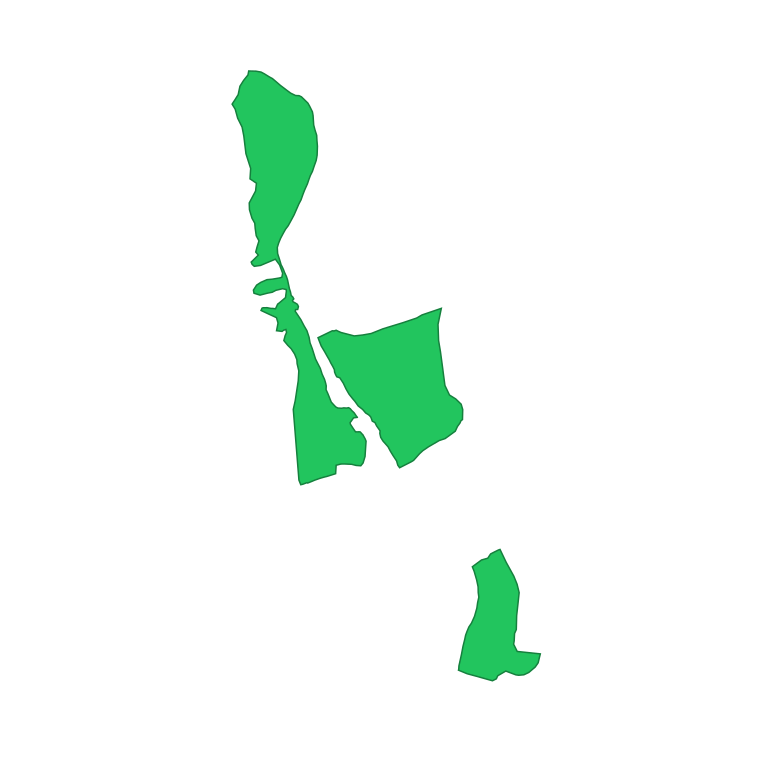 Luxor, Qina, Egypt, rotated 118°
{"feature_id": "37247803B46466496002040", "entity_name": "Luxor", "entity_type": "district", "adm_level": 2, "iso_a3": "EGY", "parent_name": "Egypt", "parent_adm1": "Qina", "projection": "robinson", "projection_center": [32.598, 25.683], "detail": "fine", "context": "isolated", "style": "filled", "palette": "green", "viewbox_px": 768, "rotation_deg": 118, "n_neighbors": 0, "source": "geoboundaries", "source_scale": "gbopen_adm2", "svg_char_len": 4589}
<svg xmlns="http://www.w3.org/2000/svg" viewBox="0 0 768 768"><g transform="rotate(118 384 384)"><path d="M208.2,649.5L208.3,649.3L211.2,644.4L218.0,638.0L223.8,629.9L231.0,624.1L245.5,614.0L256.3,602.9L265.8,598.6L266.6,590.9L273.9,588.0L280.2,588.0L287.4,588.0L293.3,584.6L299.6,578.4L302.7,573.6L307.2,570.7L313.1,566.4L316.3,561.6L322.7,560.4L327.7,559.2L328.8,556.5L329.2,555.5L336.6,557.8L338.7,558.5L340.3,556.6L341.0,553.8L337.3,548.7L324.8,538.5L327.3,533.3L327.9,532.1L328.6,531.3L333.8,525.5L334.9,525.2L335.4,525.0L337.7,524.3L339.4,526.0L344.0,532.0L346.8,536.3L352.1,540.5L356.5,542.9L360.2,543.2L362.4,543.4L364.9,541.4L363.7,535.2L358.3,529.3L355.5,525.8L352.0,523.4L347.5,518.3L346.5,514.7L348.1,513.7L352.2,512.2L353.9,511.5L361.7,514.6L363.4,515.4L368.5,515.1L369.5,517.7L370.4,519.5L371.5,523.0L373.4,526.5L374.3,527.3L376.8,527.1L376.5,520.9L375.9,510.1L379.9,506.2L387.4,503.9L385.4,498.7L383.7,497.9L381.9,496.2L383.5,494.9L384.3,494.2L387.7,494.0L392.7,492.8L395.0,487.2L396.4,482.6L399.5,477.0L402.7,473.2L403.5,472.3L406.8,470.3L412.4,465.4L421.5,461.2L440.6,454.5L449.0,452.2L469.0,439.4L508.8,414.0L512.0,410.2L510.6,408.6L507.3,405.7L507.3,404.9L504.0,402.1L501.3,399.9L497.4,396.3L496.6,395.5L493.9,392.7L492.6,391.2L491.9,390.5L485.9,384.6L478.2,388.1L474.9,384.5L473.0,381.0L470.1,374.9L469.0,370.4L467.1,366.1L463.6,365.4L456.9,366.7L454.5,367.8L442.9,373.0L441.3,374.9L438.7,378.9L438.5,379.7L437.5,382.4L437.8,383.4L438.7,384.9L439.6,386.7L437.9,390.0L436.2,393.1L435.2,394.9L434.0,395.8L432.3,395.5L428.2,395.0L426.0,391.9L425.9,391.9L425.4,393.2L423.5,396.7L423.5,396.9L423.4,397.1L422.5,400.2L421.7,402.1L421.5,404.1L422.8,405.7L424.0,408.4L425.3,410.0L426.9,413.5L426.9,415.8L425.8,419.1L424.7,422.1L422.0,425.3L418.8,429.1L416.2,432.5L412.8,434.1L410.8,435.8L407.9,438.6L404.3,443.3L400.1,447.6L397.0,452.1L394.0,456.3L386.5,463.9L382.4,468.6L377.9,472.1L373.1,477.1L370.2,481.8L367.4,485.9L366.3,487.5L362.7,494.2L361.5,496.5L359.8,497.0L358.7,495.2L355.8,495.9L354.3,497.9L354.1,500.4L354.1,503.0L353.2,504.0L351.2,503.6L350.0,505.4L349.4,507.5L346.5,509.9L344.3,512.2L340.4,515.5L337.4,518.0L334.8,520.7L333.5,522.5L332.9,523.2L332.2,524.2L330.4,526.2L328.4,528.8L327.0,530.9L325.6,532.2L324.8,533.0L323.9,533.9L323.1,534.7L322.1,535.7L320.6,537.3L318.7,539.2L313.6,542.3L308.9,543.2L303.9,543.7L298.5,543.7L298.4,543.7L293.6,543.6L289.2,542.9L282.5,542.8L276.8,542.8L276.7,542.8L264.9,543.7L260.4,543.7L254.5,544.6L250.3,545.1L243.1,545.6L238.9,546.3L234.5,546.9L229.9,547.0L224.1,548.0L218.6,548.8L215.7,549.7L213.3,550.5L205.3,554.4L200.5,557.5L196.0,560.2L192.3,564.0L188.5,567.5L188.1,567.8L180.2,572.7L177.4,574.9L177.2,575.1L173.6,580.1L171.7,583.1L169.2,591.7L169.3,594.4L170.8,597.5L171.0,603.0L170.2,608.3L169.0,615.6L167.4,622.7L166.7,625.9L166.7,629.1L166.3,635.4L166.3,639.0L167.9,643.9L170.5,649.1L171.1,650.4L175.0,649.2L181.9,650.5L188.7,651.0L197.0,648.6L203.8,649.1L205.7,649.3L208.2,649.5ZM374.1,464.0L375.7,462.2L379.9,457.3L383.1,452.0L386.3,447.0L388.4,443.6L390.4,440.9L392.6,437.4L394.6,434.6L396.7,433.2L398.4,431.2L399.8,429.1L399.3,425.9L402.4,420.3L406.2,415.2L409.4,410.1L411.4,405.5L411.8,404.6L412.9,401.7L415.5,396.5L416.5,390.9L418.2,386.6L418.4,383.4L418.7,381.9L419.5,380.0L422.3,376.9L422.3,373.9L424.5,370.8L427.2,365.5L429.7,364.4L432.7,361.8L434.9,358.0L436.6,353.4L437.2,351.8L437.5,351.0L440.6,346.4L443.0,342.3L446.0,336.8L449.2,333.7L450.6,330.9L439.9,323.4L437.5,322.0L428.9,319.9L424.6,318.4L418.5,315.2L408.0,308.7L403.5,304.4L392.2,298.9L387.1,299.2L382.8,298.6L380.3,298.8L378.6,298.0L369.6,302.5L365.6,306.4L363.5,313.7L363.3,316.8L363.0,321.0L356.7,329.5L345.8,337.3L342.8,339.4L329.0,349.3L320.0,356.2L306.0,364.3L290.3,368.9L305.2,382.9L310.5,386.2L321.2,396.3L335.6,410.7L345.4,419.0L350.8,425.9L355.5,432.8L358.7,446.1L358.9,448.8L359.0,451.5L360.8,453.2L360.9,454.0L361.5,454.8L374.1,464.0ZM503.9,220.2L506.6,217.0L507.2,216.3L509.2,214.4L509.9,213.7L513.4,210.3L518.9,205.7L523.9,202.9L527.7,200.2L533.1,198.7L538.3,196.8L546.6,195.0L554.0,194.5L558.7,195.0L563.9,194.5L567.5,194.0L571.3,192.9L578.5,191.1L586.2,188.7L597.7,185.5L600.8,184.1L601.7,183.9L600.8,174.6L598.7,165.4L595.1,148.9L591.6,146.4L588.2,146.6L580.3,141.7L578.9,131.0L577.9,128.3L575.1,124.0L570.7,120.7L562.9,117.6L557.8,117.0L548.9,119.3L557.6,140.8L552.9,147.4L549.6,148.5L543.0,151.6L538.7,151.9L526.3,158.1L515.5,162.4L504.8,166.7L498.3,172.5L492.7,179.2L484.1,192.4L475.6,203.9L476.9,205.1L480.4,207.6L484.0,210.1L489.1,210.6L493.6,215.3L503.9,220.2Z" fill="#22c55e" stroke="#15803d" stroke-width="1.5"/></g></svg>